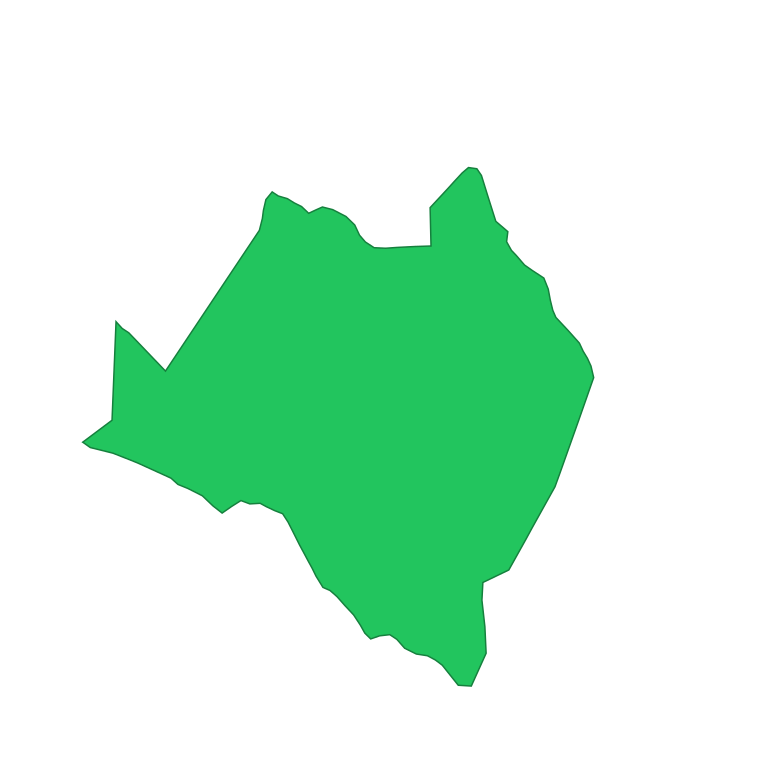 the district of Chorozinho, Ceará, Brazil, rotated 217°
{"feature_id": "56859067B36373941444701", "entity_name": "Chorozinho", "entity_type": "district", "adm_level": 2, "iso_a3": "BRA", "parent_name": "Brazil", "parent_adm1": "Ceará", "projection": "mercator", "projection_center": [-38.468, -4.314], "detail": "fine", "context": "isolated", "style": "filled", "palette": "green", "viewbox_px": 768, "rotation_deg": 217, "n_neighbors": 0, "source": "geoboundaries", "source_scale": "gbopen_adm2", "svg_char_len": 1503}
<svg xmlns="http://www.w3.org/2000/svg" viewBox="0 0 768 768"><g transform="rotate(217 384 384)"><path d="M220.4,515.3L229.5,522.9L237.1,527.0L244.6,530.0L252.5,534.2L261.4,536.0L269.0,537.5L278.1,539.1L286.8,540.6L293.5,544.4L301.7,551.1L309.9,558.6L320.1,564.8L334.1,563.9L343.4,563.6L355.9,566.3L362.6,567.4L371.7,571.4L376.8,580.2L392.6,581.2L414.5,596.8L431.7,609.2L439.4,611.8L446.8,607.7L448.6,599.5L449.8,587.7L450.6,578.7L453.3,552.6L429.5,522.5L441.8,512.6L455.8,500.9L464.4,493.4L473.9,486.9L484.3,486.2L493.1,488.1L503.1,493.4L515.2,494.9L529.9,492.4L539.7,488.3L543.3,481.8L546.9,475.0L556.5,476.1L564.7,474.6L572.6,473.9L581.7,470.5L588.9,470.1L589.3,460.2L584.8,450.1L580.7,442.9L576.0,431.7L573.5,387.8L566.3,262.8L618.6,271.3L626.5,270.8L635.5,272.5L579.4,191.4L589.6,156.2L580.3,156.5L558.9,165.6L546.7,169.0L533.5,172.6L497.5,180.6L488.1,179.8L477.9,182.5L461.8,185.4L447.1,183.7L435.6,183.5L432.0,194.5L428.1,204.8L419.0,207.5L411.1,214.2L404.2,215.2L395.0,217.1L386.9,219.4L377.6,216.0L368.2,211.4L354.7,204.7L345.8,200.6L337.4,196.7L330.3,193.5L322.8,189.7L310.3,184.8L302.9,186.6L293.5,185.9L281.8,183.5L269.3,181.3L257.8,177.2L249.4,173.5L241.2,172.4L235.9,180.3L228.5,187.3L220.1,187.8L208.4,185.4L195.7,187.8L185.8,193.1L176.9,194.5L168.3,194.5L155.5,191.2L143.4,188.1L132.5,195.3L140.4,230.4L157.3,250.8L175.7,270.3L185.6,285.0L172.4,310.6L177.2,345.4L179.1,358.1L185.6,404.8L190.1,419.5L206.6,472.0L220.4,515.3Z" fill="#22c55e" stroke="#15803d" stroke-width="1.5"/></g></svg>